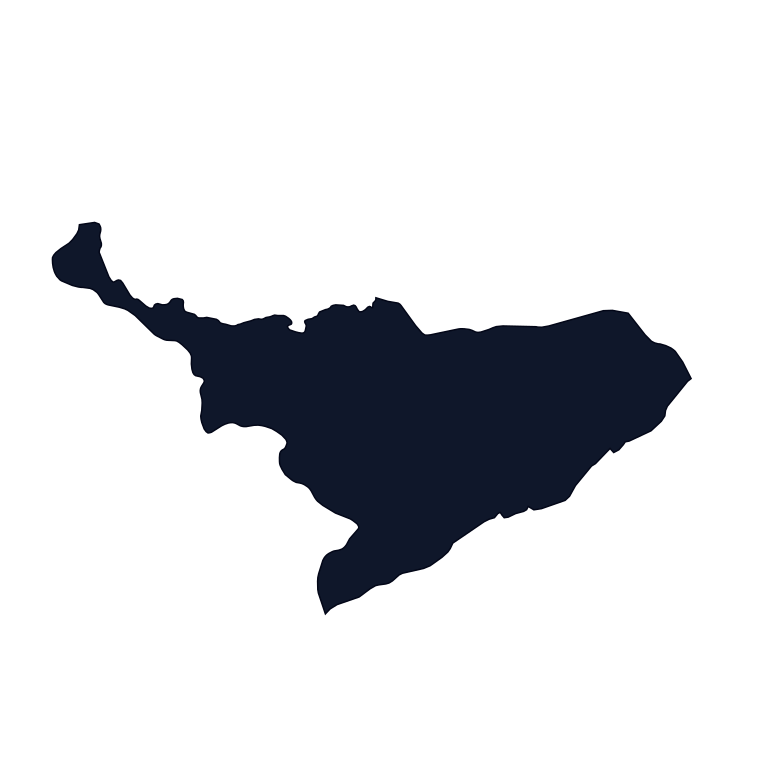 Central, orthographic projection, rotated 349°
{"feature_id": "GHA-2160", "entity_name": "Central", "entity_type": "Region", "adm_level": 1, "iso_a3": "GHA", "parent_name": "Ghana", "parent_adm1": "", "projection": "orthographic", "projection_center": [-1.513, 5.658], "detail": "fine", "context": "isolated", "style": "filled", "palette": "ink", "viewbox_px": 768, "rotation_deg": 349, "n_neighbors": 0, "source": "natural_earth", "source_scale": "10m", "svg_char_len": 4814}
<svg xmlns="http://www.w3.org/2000/svg" viewBox="0 0 768 768"><g transform="rotate(349 384 384)"><path d="M686.5,437.3L682.5,439.3L657.9,459.9L655.3,463.7L653.6,468.9L649.1,473.5L637.2,480.9L613.8,486.8L609.8,486.8L607.4,489.2L602.0,493.4L596.4,495.1L593.6,490.4L576.4,502.5L572.1,504.1L552.6,520.2L544.7,529.6L539.6,532.8L514.8,536.4L507.1,536.1L502.2,531.7L500.0,534.6L496.8,535.7L488.5,536.3L480.5,538.4L476.5,538.2L474.8,535.2L473.6,532.2L471.0,532.9L466.9,536.3L461.4,536.8L456.0,538.3L421.2,553.3L417.6,558.2L414.6,561.1L407.8,565.2L394.6,571.2L387.7,572.6L366.0,573.3L362.4,574.3L354.7,578.9L351.0,580.3L347.6,580.6L340.7,580.2L337.3,580.3L331.2,582.4L319.0,588.3L295.8,591.6L288.2,594.5L282.6,598.5L279.7,576.7L279.8,573.1L281.2,564.9L282.2,561.2L283.7,557.7L290.3,545.5L292.3,543.1L293.6,542.0L295.0,541.0L296.4,540.3L297.9,539.7L301.3,538.7L303.0,538.4L307.6,538.5L309.4,538.3L311.2,538.0L312.7,537.4L314.1,536.6L315.4,535.6L316.6,534.5L320.7,529.4L330.7,521.6L331.8,520.5L331.9,518.6L330.9,516.1L327.4,512.1L325.2,510.0L311.7,501.4L300.8,491.5L296.5,486.5L295.4,484.6L294.3,482.1L292.0,474.7L290.8,472.2L289.4,470.3L286.6,467.6L284.5,466.1L282.4,465.1L279.0,463.8L276.3,461.7L275.1,460.5L269.8,454.1L267.6,448.2L266.6,444.3L266.4,442.3L266.6,440.3L267.3,436.4L268.3,432.8L269.1,431.3L270.2,430.1L271.6,429.3L273.2,428.9L274.6,428.0L275.6,426.8L277.3,424.1L277.7,422.7L277.5,421.2L277.1,419.6L274.0,414.7L269.7,410.2L265.3,406.3L259.3,402.9L256.1,401.5L252.5,400.3L248.4,399.7L240.4,399.5L238.4,399.1L236.7,398.5L235.1,397.7L231.3,394.6L229.8,393.7L228.0,393.0L226.0,392.7L223.9,392.6L220.1,393.1L216.7,394.0L205.5,398.4L203.8,398.6L201.9,398.5L200.3,396.8L198.9,393.8L197.8,387.1L197.7,383.5L198.0,380.5L200.1,375.1L201.9,367.9L202.4,364.3L202.1,357.5L202.3,355.6L202.9,353.8L203.7,352.4L204.8,351.1L207.1,348.7L208.0,347.5L208.2,345.7L207.4,343.7L205.0,341.8L200.7,339.9L199.4,338.5L198.6,336.4L198.3,332.8L198.7,327.6L200.1,321.6L200.3,319.6L199.6,316.6L197.8,313.1L193.3,306.9L190.8,304.0L188.7,302.2L187.0,301.5L179.2,299.6L177.5,298.9L176.0,298.0L170.0,293.3L168.9,292.3L167.9,291.2L152.8,269.3L146.5,262.7L145.2,261.8L143.9,260.8L138.8,258.1L128.3,253.7L126.9,252.9L125.7,252.0L124.5,250.5L120.9,241.5L119.8,239.4L116.5,235.8L113.7,234.0L106.8,231.7L105.0,231.3L102.4,230.4L96.9,227.8L87.1,221.2L85.8,219.9L83.3,215.7L82.4,213.0L81.9,210.8L81.5,206.5L81.7,202.3L82.3,198.3L82.8,196.5L84.4,194.5L87.0,192.4L92.7,189.4L101.7,185.7L105.9,182.8L111.3,177.8L113.7,174.5L115.4,169.5L130.8,170.2L134.8,172.6L135.5,175.0L135.7,176.5L135.5,178.2L135.0,179.9L133.5,183.0L133.0,184.9L132.9,187.0L133.4,191.9L133.1,193.8L132.4,195.3L131.2,196.5L130.3,198.2L129.5,200.3L134.4,226.3L136.0,230.4L137.7,232.4L138.8,232.3L141.4,231.4L143.1,231.2L145.2,232.1L146.8,235.0L151.6,248.2L153.6,251.7L155.7,253.5L157.1,253.4L158.5,253.9L159.7,255.1L165.1,262.0L168.1,264.7L170.2,265.4L171.8,265.3L172.8,264.2L173.6,262.8L175.1,262.0L177.3,261.9L181.5,264.0L184.2,264.4L186.4,264.4L188.0,263.8L189.2,263.0L191.3,261.0L192.5,260.4L194.1,260.2L197.6,260.5L202.1,262.6L202.8,264.1L202.7,265.7L202.2,267.2L201.8,269.1L201.7,270.3L201.7,272.0L202.3,274.4L203.9,275.8L211.1,279.4L212.2,280.7L213.2,282.6L214.4,283.7L219.1,284.7L222.7,284.8L231.8,288.5L233.5,290.1L235.0,292.8L237.3,294.1L240.1,295.2L245.1,297.8L248.2,298.5L250.3,298.4L252.0,297.8L254.3,297.8L258.0,297.1L265.5,296.6L269.1,295.9L273.2,296.1L275.9,297.1L277.8,297.1L280.9,296.2L284.5,296.3L286.3,296.1L288.0,295.7L289.8,295.5L293.0,296.6L298.4,297.6L300.3,298.7L302.9,301.3L304.3,303.2L305.1,304.9L305.1,306.5L304.5,307.5L303.1,307.9L301.6,308.1L300.2,309.0L300.4,310.6L301.6,312.8L307.0,315.9L310.0,317.3L313.0,318.4L314.6,318.5L316.0,317.9L316.9,316.6L318.8,312.1L318.7,310.5L318.2,309.2L318.0,307.8L318.6,306.7L321.8,306.0L325.6,306.1L327.1,305.6L328.4,305.0L331.4,304.6L332.4,303.6L333.3,302.3L334.5,301.0L340.8,299.8L342.7,299.8L344.4,299.4L345.9,298.8L347.0,297.6L349.0,297.1L351.7,297.1L359.3,299.1L361.5,300.8L363.3,301.5L365.2,301.6L367.1,301.1L369.3,300.8L370.6,301.6L371.4,303.1L371.9,305.0L372.6,306.7L373.5,308.4L374.9,308.7L376.7,308.7L378.4,308.1L380.0,307.4L382.7,305.5L384.5,305.1L385.5,305.6L386.5,306.7L387.4,306.9L387.8,305.7L388.2,304.1L388.7,302.5L391.0,300.9L391.7,300.2L392.1,299.6L392.5,297.8L403.5,303.6L413.3,307.3L414.8,308.7L415.7,310.2L426.2,332.8L431.0,341.2L432.8,343.1L433.6,343.8L435.8,344.3L438.8,344.6L467.6,344.2L470.0,344.4L473.1,345.1L478.1,346.7L480.6,348.1L483.9,350.5L486.1,351.3L489.1,351.5L497.4,350.5L501.5,349.6L505.2,349.1L511.8,349.7L544.2,356.8L545.9,357.5L549.8,358.4L556.9,358.5L613.3,353.9L622.2,355.3L637.2,361.1L649.7,385.6L654.7,393.1L657.5,395.3L660.8,396.9L662.7,397.4L667.9,400.1L672.5,403.4L674.6,405.6L676.1,407.5L681.4,419.4L686.5,437.3Z" fill="#0f172a" stroke="#020617" stroke-width="1.5"/></g></svg>